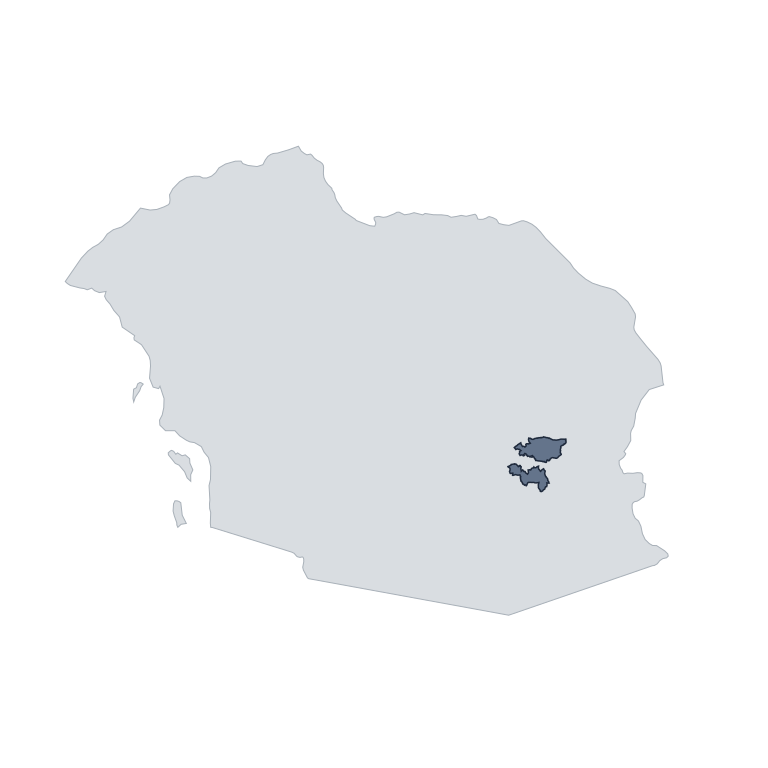 Kahama, Shinyanga, United Republic of Tanzania shown in context, rotated 161°
{"feature_id": "72390352B22692962057204", "entity_name": "Kahama", "entity_type": "district", "adm_level": 2, "iso_a3": "TZA", "parent_name": "United Republic of Tanzania", "parent_adm1": "Shinyanga", "projection": "albers", "projection_center": [32.403, -3.76], "detail": "fine", "context": "in_parent", "style": "filled", "palette": "slate", "viewbox_px": 768, "rotation_deg": 161, "n_neighbors": 0, "source": "geoboundaries", "source_scale": "gbopen_adm2", "svg_char_len": 9537}
<svg xmlns="http://www.w3.org/2000/svg" viewBox="0 0 768 768"><g transform="rotate(161 384 384)"><path d="M289.7,531.9L281.9,527.8L274.7,525.3L268.9,522.5L266.3,519.8L260.8,518.8L256.1,518.3L251.7,515.8L242.7,514.9L241.7,513.2L241.6,509.5L240.0,508.5L236.7,507.5L233.2,507.6L231.0,508.1L229.8,507.9L226.8,505.7L224.1,502.9L223.1,498.4L218.9,495.6L214.2,493.3L201.0,493.5L198.9,492.9L195.8,490.6L192.1,486.9L189.2,482.6L186.5,476.8L183.8,469.0L168.6,437.9L167.1,432.0L164.1,425.5L159.2,417.5L154.1,411.5L147.1,406.1L139.2,400.8L134.9,397.1L126.7,382.5L125.0,375.6L123.7,368.5L124.3,365.6L129.3,356.4L129.8,353.8L129.2,350.3L126.7,343.0L123.5,334.2L116.9,318.0L116.0,313.9L116.1,310.9L119.8,294.4L119.8,292.1L135.0,292.4L146.1,285.1L155.7,274.3L157.6,269.9L161.6,262.9L165.4,259.5L166.9,257.1L169.1,250.2L174.2,245.5L179.1,242.0L178.1,239.4L178.8,238.5L181.5,236.6L186.7,234.9L187.8,231.4L187.7,227.3L186.9,225.0L187.0,222.4L186.2,220.9L182.8,220.5L177.7,218.5L173.4,217.7L170.5,216.5L169.4,215.6L169.0,213.1L171.3,206.8L169.0,204.3L174.2,193.8L175.2,192.6L177.1,192.4L180.2,191.3L183.0,190.8L185.3,191.2L187.0,190.7L188.5,189.5L189.8,186.0L190.8,180.1L190.2,175.3L188.0,171.6L187.4,165.9L188.4,158.3L187.7,151.9L185.2,146.9L182.7,143.9L178.9,142.5L172.9,134.8L171.0,131.0L171.3,128.7L173.4,127.7L177.3,128.1L180.8,127.2L184.2,125.0L187.5,124.4L189.2,124.8L341.4,124.8L518.7,224.5L519.5,225.7L520.8,234.3L520.5,237.2L517.7,242.1L516.9,244.6L516.9,246.4L517.5,247.1L519.9,247.4L521.8,248.6L522.6,249.5L524.1,253.2L526.0,255.1L593.0,304.2L594.5,304.9L593.5,309.0L589.7,318.9L589.4,323.0L587.9,327.8L586.4,331.0L582.5,344.9L579.2,350.1L574.7,362.3L573.9,371.6L576.3,378.1L577.1,384.3L582.3,390.3L586.4,392.5L589.2,395.2L594.1,401.5L596.9,407.9L605.8,411.0L609.3,418.1L608.0,422.9L603.8,426.9L599.9,433.4L596.7,441.9L596.5,454.9L598.6,453.0L603.3,456.2L603.8,465.8L598.9,477.0L597.4,482.2L597.1,486.7L600.5,500.1L605.8,507.0L605.4,509.1L604.0,510.9L613.0,523.0L612.2,533.5L615.5,541.6L617.0,548.7L619.2,554.2L619.6,557.9L616.7,562.0L623.4,563.1L627.3,566.5L629.1,569.8L633.9,569.7L636.5,571.9L640.2,573.8L648.5,579.3L650.7,582.1L652.0,584.7L629.1,601.6L620.8,606.0L614.9,608.0L608.6,609.1L602.6,611.7L596.9,615.9L589.7,618.0L580.9,617.9L571.6,620.8L557.0,629.6L548.5,624.6L541.9,623.0L534.3,623.1L529.6,623.7L527.9,624.7L526.4,627.7L525.2,632.7L520.1,637.4L511.3,641.9L503.2,643.5L495.8,642.3L490.8,640.4L488.2,637.8L484.4,636.5L479.3,636.7L474.4,638.6L469.7,642.1L462.3,643.6L452.0,643.1L446.6,641.3L445.8,638.4L441.4,634.9L433.2,630.9L427.1,630.8L423.2,634.6L419.7,637.0L416.5,637.9L413.6,638.0L409.5,637.0L398.2,636.5L387.5,636.7L386.4,631.2L384.2,627.8L382.3,625.8L378.6,625.3L377.6,623.7L376.4,620.3L374.5,617.4L372.1,614.9L370.7,612.7L370.2,610.6L370.6,608.4L372.8,602.7L373.6,598.8L373.3,594.9L372.1,590.8L369.6,586.0L369.9,584.6L369.0,581.3L368.9,578.9L369.4,576.1L369.0,572.3L366.8,564.2L366.8,562.1L364.5,558.2L357.4,548.9L357.1,547.7L345.9,538.3L341.4,536.2L339.8,538.0L339.2,539.6L339.7,542.6L339.4,544.1L338.9,544.8L336.3,544.7L334.6,544.3L330.4,541.8L327.1,541.2L318.9,541.6L316.0,542.2L313.8,541.6L309.5,537.3L304.4,536.4L299.8,536.2L292.3,531.3L289.7,531.9ZM607.2,376.9L610.9,387.2L610.4,389.2L607.7,390.3L606.4,390.4L604.8,388.8L603.7,385.3L601.7,386.1L598.3,381.9L595.0,381.7L592.1,376.7L593.3,372.4L592.7,365.0L596.3,361.2L598.4,354.9L600.7,359.3L601.1,366.0L604.2,374.0L607.2,376.9ZM625.6,315.6L625.8,318.0L625.1,320.3L625.2,327.6L624.8,332.5L622.0,339.2L619.7,341.6L617.7,340.9L616.1,339.7L614.8,337.9L617.5,325.6L616.3,316.5L621.5,317.4L625.6,315.6ZM616.9,464.3L614.3,464.9L613.3,464.3L611.7,462.3L614.5,460.6L617.2,457.2L623.5,452.4L626.5,448.5L626.0,452.3L622.4,460.6L619.3,461.1L616.9,464.3Z" fill="#d9dde1" stroke="#a8b0b8" stroke-width="1"/><path d="M230.0,272.7L230.3,272.8L231.3,273.0L231.9,273.3L232.7,273.5L233.3,273.8L234.2,274.1L234.9,274.3L237.0,274.4L239.7,274.9L240.5,275.4L242.4,276.1L243.0,276.6L243.8,277.5L244.6,278.1L244.9,278.6L245.1,278.7L245.1,278.9L245.4,279.1L245.5,279.2L245.9,279.1L246.0,279.4L246.5,279.7L246.8,279.8L247.3,280.3L248.1,280.4L248.4,280.7L248.5,280.9L248.9,281.1L249.0,281.2L249.3,281.5L250.0,281.7L250.2,281.8L250.3,282.0L250.5,281.9L250.6,282.0L251.1,281.9L252.1,281.9L252.2,282.0L252.4,281.9L252.8,282.2L253.1,282.1L253.4,282.2L253.5,282.4L254.0,282.3L254.3,282.5L254.7,282.7L254.9,282.8L255.1,282.7L255.4,282.8L256.1,282.7L256.2,282.9L256.3,282.9L256.4,283.0L256.8,283.1L257.1,282.9L257.5,283.2L258.4,283.2L259.2,283.4L259.8,283.2L260.0,283.3L260.3,283.1L261.1,283.1L261.4,283.3L262.2,283.6L262.6,284.0L262.6,284.3L263.1,284.9L263.3,284.8L263.5,285.0L263.8,285.1L264.1,285.3L264.3,285.4L264.5,285.7L264.7,285.8L264.8,285.7L265.5,284.4L265.6,283.3L265.7,282.2L265.2,281.1L265.0,280.3L265.8,280.3L266.1,280.4L266.6,280.4L266.9,280.3L267.8,280.8L268.9,281.1L269.4,280.8L269.7,280.5L269.7,279.4L269.9,279.1L270.2,278.9L271.3,278.5L271.4,278.8L271.9,279.4L272.6,279.8L273.4,279.8L273.6,280.6L273.8,281.9L274.0,282.3L273.9,283.4L273.8,283.7L273.8,283.9L274.5,283.7L274.8,283.6L275.0,283.5L275.3,283.6L275.9,283.3L276.5,283.3L276.9,283.1L277.5,283.0L277.8,282.7L278.5,282.4L279.1,282.4L279.5,282.2L280.2,282.1L280.4,281.9L280.6,281.9L281.0,281.6L281.5,281.5L281.4,281.1L280.9,280.1L280.9,279.6L280.7,279.1L279.1,279.3L278.0,278.3L277.3,278.2L276.2,276.4L277.3,276.2L277.8,276.0L277.9,275.8L278.1,274.8L278.8,274.3L278.9,273.5L278.6,272.1L277.5,272.2L276.9,272.1L275.9,271.5L275.8,271.4L275.7,270.7L275.2,270.6L274.7,270.7L274.7,271.8L273.9,272.1L273.6,272.5L273.2,272.3L272.9,272.0L272.6,271.9L272.6,271.3L272.8,270.8L272.7,270.5L272.1,270.5L272.0,270.4L271.9,270.2L271.9,268.9L271.1,268.9L270.6,268.6L269.9,268.1L269.7,267.4L268.8,267.5L268.6,268.0L267.0,268.0L267.0,267.9L266.7,267.3L267.0,267.0L267.0,266.8L267.3,266.6L266.2,266.4L266.0,265.9L265.9,264.2L265.3,263.9L265.2,263.7L265.5,262.3L264.7,262.0L263.3,261.1L261.9,260.6L261.6,260.3L261.2,260.2L260.9,260.0L260.3,259.8L259.8,259.4L259.5,259.3L259.4,259.1L259.0,259.1L258.8,258.8L258.7,258.8L258.7,258.7L258.4,258.6L258.1,258.3L257.8,258.4L257.8,258.2L257.5,257.9L257.2,257.9L257.1,257.5L256.8,257.3L256.3,257.2L256.1,257.1L255.6,257.5L255.2,258.0L255.0,258.3L255.0,258.8L254.6,259.0L254.1,259.0L253.8,258.8L253.2,257.7L252.4,257.8L252.4,258.0L252.0,258.4L251.3,259.0L251.0,258.9L250.6,259.1L250.2,259.5L249.2,259.6L248.5,259.5L247.6,259.0L247.5,258.8L247.4,258.8L246.8,258.5L246.3,258.3L246.2,258.1L245.4,257.7L244.9,257.6L243.8,257.8L242.1,258.8L241.2,259.0L239.4,259.6L239.3,260.1L239.4,260.7L239.7,261.2L239.6,261.8L239.6,262.0L239.4,262.1L239.4,262.3L239.2,262.8L239.1,263.0L238.7,263.4L238.9,264.1L238.6,264.5L238.4,265.0L237.8,265.7L237.6,266.1L237.4,266.3L237.5,266.7L237.2,267.5L235.7,267.9L235.5,268.0L235.1,268.0L235.0,267.8L234.5,267.9L234.3,267.9L233.8,268.1L233.7,268.3L233.5,268.5L233.0,268.4L233.0,268.7L232.4,268.7L232.1,268.8L231.8,268.8L231.4,269.0L231.0,269.4L231.0,269.6L230.8,269.8L230.7,270.0L230.8,270.3L230.4,271.0L230.6,271.6L230.1,272.2L230.0,272.7ZM260.2,236.6L260.3,237.2L260.1,237.6L260.1,237.8L260.2,238.5L260.6,239.4L260.5,239.9L260.3,240.1L260.2,241.4L260.5,242.1L260.7,242.3L261.0,242.8L260.9,243.4L260.9,243.7L261.3,244.1L261.3,244.3L261.3,245.2L261.3,246.7L260.9,247.6L260.4,248.5L260.0,249.0L260.0,249.6L260.5,250.1L260.7,251.9L262.2,251.6L262.9,251.3L264.4,250.4L264.7,251.0L264.8,251.7L265.1,252.5L265.2,252.9L265.5,253.2L265.3,254.5L264.6,256.0L266.3,256.0L266.6,255.7L267.0,255.6L267.7,255.4L268.1,255.5L269.0,255.9L269.3,256.8L270.2,256.0L271.0,256.2L272.0,256.1L272.3,255.9L272.6,255.4L273.3,254.9L273.6,255.2L274.2,255.5L274.7,255.6L274.9,255.5L275.7,255.8L275.9,255.0L275.9,254.6L276.0,254.4L276.2,253.4L276.5,252.9L276.8,252.6L277.7,252.0L278.3,253.0L278.9,253.7L279.0,254.9L279.1,255.3L279.4,255.6L280.0,255.5L280.3,255.8L280.7,257.3L280.8,257.6L281.3,257.4L281.5,257.4L281.7,257.2L282.3,257.1L282.6,256.9L282.3,258.6L282.2,259.4L281.7,260.2L281.3,261.0L281.6,261.1L281.7,262.5L282.3,262.8L282.5,262.7L282.9,262.6L283.0,262.2L283.9,262.1L284.0,262.7L284.6,263.8L284.9,264.8L285.4,265.4L286.5,265.6L286.5,266.0L288.4,266.2L289.2,266.4L290.0,266.5L290.1,266.2L290.5,265.9L291.4,265.8L292.8,265.6L293.7,265.6L293.7,265.2L293.4,264.8L293.1,264.5L292.3,263.3L292.6,262.4L292.7,261.9L292.9,261.5L293.8,260.5L293.8,258.4L293.3,258.1L291.6,257.9L291.2,257.7L291.4,257.3L291.8,256.6L292.2,256.0L292.2,255.9L291.9,255.6L291.5,255.6L289.0,255.5L288.5,255.1L287.7,254.5L286.4,254.0L285.1,253.8L285.1,253.0L285.0,252.5L285.3,251.9L285.1,251.7L285.3,251.6L285.2,251.4L285.4,251.2L285.6,250.8L285.6,250.3L285.8,250.1L285.8,249.5L285.9,249.2L285.9,248.5L286.2,247.8L286.1,247.6L285.9,247.6L285.9,247.4L285.7,247.2L285.7,246.7L285.4,246.2L285.3,245.8L285.4,245.6L285.3,245.3L285.4,244.9L285.4,244.3L285.2,244.1L284.9,244.0L284.4,243.5L284.3,243.2L284.2,242.6L283.7,242.6L283.2,242.6L282.9,242.2L282.7,241.5L282.0,241.8L281.2,242.8L280.3,243.7L279.8,243.9L279.2,243.9L278.9,243.7L278.0,243.5L276.1,242.7L275.3,242.5L274.2,242.1L273.5,241.4L272.7,241.1L271.7,240.8L270.4,240.6L269.6,240.5L269.7,240.3L270.3,239.3L270.8,238.7L271.1,237.9L271.2,237.2L271.7,236.1L271.7,235.9L271.7,235.1L271.2,233.6L271.2,233.4L270.9,232.5L271.0,232.0L270.9,231.6L271.0,231.5L270.6,231.2L270.3,231.2L270.0,231.0L269.6,231.1L268.7,231.3L268.5,231.5L267.5,232.2L267.1,232.1L266.6,232.2L266.1,232.4L265.5,233.4L265.3,233.6L264.9,233.9L264.7,234.2L263.6,234.0L263.2,234.7L263.1,234.9L262.9,235.0L262.6,236.0L262.2,237.1L262.2,237.4L260.6,236.7L260.2,236.6Z" fill="#64748b" stroke="#1e293b" stroke-width="1.5"/></g></svg>